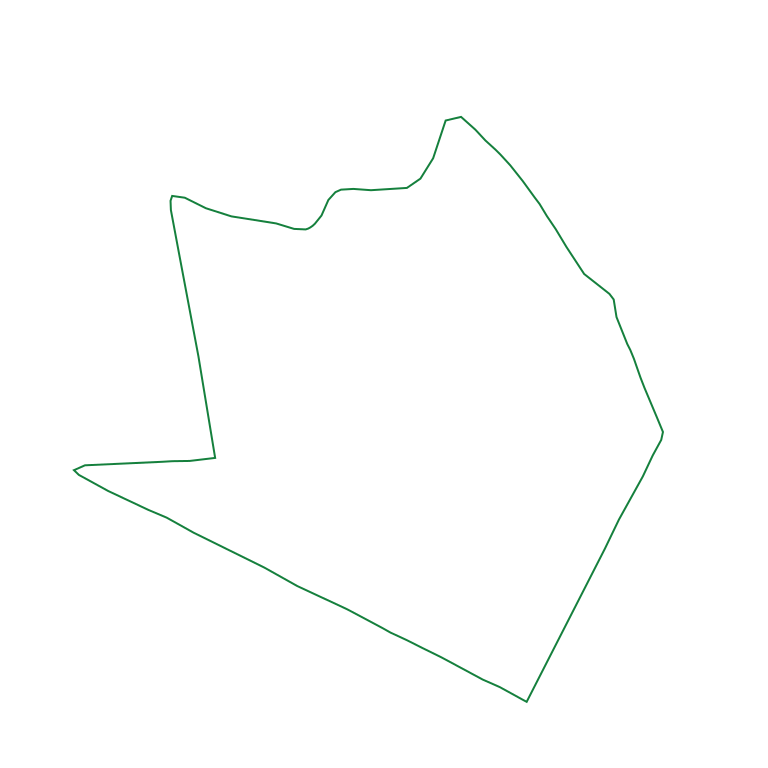 the district of Tactic, Alta Verapaz, Guatemala, rotated 193°
{"feature_id": "79465075B42752756974630", "entity_name": "Tactic", "entity_type": "district", "adm_level": 2, "iso_a3": "GTM", "parent_name": "Guatemala", "parent_adm1": "Alta Verapaz", "projection": "albers", "projection_center": [-90.334, 15.294], "detail": "fine", "context": "isolated", "style": "outline", "palette": "green", "viewbox_px": 768, "rotation_deg": 193, "n_neighbors": 0, "source": "geoboundaries", "source_scale": "gbopen_adm2", "svg_char_len": 1114}
<svg xmlns="http://www.w3.org/2000/svg" viewBox="0 0 768 768"><g transform="rotate(193 384 384)"><path d="M173.5,106.4L131.7,273.3L124.6,304.7L111.0,352.2L106.1,374.8L101.3,391.9L101.4,400.0L110.1,412.2L119.7,425.5L129.3,438.8L135.5,447.9L141.7,457.7L146.1,464.7L151.7,472.6L155.9,477.6L172.5,501.5L179.2,518.0L184.6,522.5L213.7,536.2L237.0,558.5L251.6,573.6L263.0,584.2L272.9,594.4L279.1,599.6L294.5,613.0L310.2,625.5L322.1,633.7L327.9,637.3L340.0,644.1L352.1,652.3L369.0,661.6L383.2,654.6L386.9,615.0L394.7,592.3L405.8,580.2L440.3,569.9L457.7,567.2L469.6,563.7L474.5,560.0L479.6,550.8L482.8,534.1L487.4,524.6L489.1,522.1L491.0,520.0L492.8,518.4L495.1,517.0L506.5,514.9L525.2,516.2L570.4,513.0L597.1,515.2L620.0,520.7L632.7,519.6L633.2,514.5L630.8,505.6L613.0,464.9L571.0,369.1L531.9,274.0L556.1,265.3L572.8,261.2L583.0,258.2L657.1,237.5L666.7,230.3L660.9,226.8L628.7,217.7L585.2,208.3L565.7,204.9L536.1,196.3L459.3,178.2L423.0,167.6L369.2,156.2L330.8,145.9L321.6,143.2L304.4,139.6L287.2,135.4L266.7,130.6L221.3,118.2L203.0,114.7L178.6,107.8L173.5,106.4Z" fill="none" stroke="#15803d" stroke-width="2"/></g></svg>